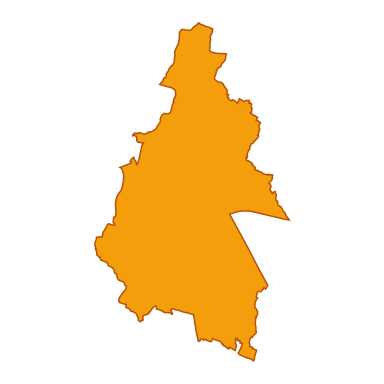 Kota Cimahi, Jawa Barat, Indonesia (Robinson projection)
{"feature_id": "22746128B53430054982428", "entity_name": "Kota Cimahi", "entity_type": "district", "adm_level": 2, "iso_a3": "IDN", "parent_name": "Indonesia", "parent_adm1": "Jawa Barat", "projection": "robinson", "projection_center": [107.546, -6.882], "detail": "fine", "context": "isolated", "style": "filled", "palette": "amber", "viewbox_px": 384, "rotation_deg": 0, "n_neighbors": 0, "source": "geoboundaries", "source_scale": "gbopen_adm2", "svg_char_len": 6032}
<svg xmlns="http://www.w3.org/2000/svg" viewBox="0 0 384 384"><path d="M203.9,340.2L204.6,339.6L205.7,339.7L206.4,340.2L210.2,341.6L211.3,341.6L211.8,341.1L212.0,339.7L212.6,338.6L215.5,340.0L217.9,340.7L219.0,340.8L219.7,341.2L222.1,343.2L221.9,343.9L223.1,344.3L222.8,344.8L222.9,345.4L225.6,346.5L226.2,347.3L227.4,347.8L227.3,348.2L229.0,349.0L229.6,347.2L235.1,350.5L235.7,348.5L235.8,347.4L236.5,345.6L235.8,343.8L235.2,343.7L235.8,340.2L235.5,339.1L235.6,338.4L237.4,338.4L237.4,340.5L239.4,340.5L239.4,341.1L240.1,341.0L240.1,343.1L242.2,343.1L242.2,344.3L242.4,344.3L242.1,345.3L241.2,346.7L240.9,348.9L240.2,349.2L238.6,352.8L238.2,353.0L238.7,353.9L239.8,354.8L246.7,357.8L250.5,358.8L252.4,360.0L253.1,360.8L253.4,361.0L253.7,360.7L254.5,358.9L254.5,357.1L256.6,350.2L254.2,349.2L253.2,348.5L253.0,348.8L252.0,348.0L252.3,347.2L249.5,346.4L249.7,345.4L249.7,343.9L249.2,342.3L250.3,338.4L251.3,337.1L252.0,337.5L252.3,337.3L254.1,334.7L255.5,333.6L256.4,332.4L255.9,330.5L255.9,327.2L255.3,323.7L255.6,318.6L256.3,317.9L255.7,317.0L257.1,315.6L257.7,313.7L257.4,312.5L257.6,311.5L256.1,308.7L254.8,307.8L254.7,307.4L255.0,306.2L254.9,303.4L256.5,299.2L257.6,298.4L257.4,297.7L256.3,297.0L256.2,296.2L257.1,294.3L257.0,292.7L257.9,291.7L259.8,291.4L260.9,291.7L261.3,291.4L262.4,289.8L263.4,289.0L263.9,287.8L265.7,289.1L267.8,285.4L258.0,267.4L249.0,249.9L229.7,214.2L233.1,212.9L238.7,211.4L243.9,210.9L248.3,211.0L251.5,211.4L285.4,219.4L289.2,220.0L287.5,217.4L286.1,215.8L285.1,212.9L283.8,211.8L282.6,210.0L281.2,206.8L279.7,206.4L279.1,205.6L278.1,205.4L277.6,204.9L277.7,201.2L276.3,200.8L275.7,198.2L276.3,194.9L275.3,192.7L275.3,191.5L273.1,192.3L272.8,193.7L272.3,193.5L269.9,189.6L271.1,185.8L270.3,185.0L269.6,183.5L269.0,183.0L269.6,182.2L271.8,180.3L272.3,178.3L272.6,174.9L269.9,174.7L269.9,174.9L268.2,174.2L267.9,175.1L264.0,174.0L262.9,173.6L261.4,172.1L260.7,172.2L257.6,170.4L257.4,170.9L256.1,170.5L256.0,170.0L254.8,169.4L255.4,167.5L252.9,165.8L253.0,164.6L251.5,163.7L251.7,162.7L248.8,161.3L248.6,160.7L246.6,160.6L246.2,158.5L246.2,157.3L247.3,157.6L247.5,156.2L247.1,154.1L248.4,150.9L249.9,148.9L249.6,147.7L249.7,146.7L250.4,146.3L251.2,143.9L252.7,143.4L253.2,142.9L253.5,142.0L254.4,141.5L254.6,140.9L257.2,138.5L258.4,136.7L258.4,135.7L257.5,135.1L258.4,134.2L258.9,132.6L258.5,131.3L259.7,129.9L259.7,128.6L259.2,127.8L259.1,125.5L260.5,122.8L258.2,121.0L256.3,120.6L257.6,117.5L255.3,115.8L253.7,115.4L251.1,113.3L250.2,113.0L250.8,112.2L251.5,111.9L252.1,108.5L251.9,107.9L251.3,107.3L251.2,105.5L251.7,104.3L251.0,103.2L248.8,103.3L249.6,101.5L249.1,100.4L245.5,100.6L244.8,101.5L244.3,101.5L242.3,100.8L242.3,100.5L239.4,98.7L237.6,103.2L233.7,100.2L232.6,99.8L231.3,100.8L228.5,99.0L228.8,97.9L227.5,97.2L228.6,94.7L226.6,94.1L227.3,91.6L227.2,90.2L223.7,85.3L223.0,83.8L221.4,82.4L218.6,82.1L217.4,81.4L215.4,80.0L214.5,78.8L214.4,77.9L216.0,73.5L216.4,70.9L217.0,70.5L217.5,68.6L220.8,66.7L221.9,63.4L223.2,62.5L225.3,59.8L225.7,56.5L226.4,53.8L216.1,53.3L211.4,52.1L209.8,50.9L209.5,50.2L209.9,48.6L210.0,43.2L210.1,41.7L210.7,39.9L210.0,37.8L210.5,35.8L212.5,32.0L212.5,31.3L212.0,30.7L212.7,29.0L209.1,27.3L205.7,26.4L203.8,25.4L200.7,24.4L199.0,23.0L198.7,23.5L198.1,23.3L196.3,25.3L193.9,26.9L190.6,30.3L186.5,30.1L182.3,29.4L181.2,29.9L179.6,32.2L179.3,37.4L179.5,37.9L178.7,41.3L178.6,42.7L178.1,44.4L177.3,45.5L174.7,51.7L174.7,53.5L175.0,54.9L174.2,60.2L174.4,61.6L174.1,62.5L172.2,65.5L171.4,65.8L169.1,68.8L168.3,71.0L166.7,73.3L166.3,74.3L166.2,76.2L165.2,77.9L164.1,77.9L163.4,79.4L163.0,79.8L162.5,81.9L161.4,82.4L159.7,84.4L161.9,85.2L172.1,87.9L175.0,90.1L175.5,91.2L175.6,95.5L174.6,98.2L174.2,98.1L173.3,101.5L174.1,102.2L173.5,102.7L172.0,105.8L171.9,107.5L170.3,112.5L168.0,114.1L166.6,113.9L164.4,113.3L161.8,115.2L160.2,118.8L160.5,121.4L156.8,127.1L156.1,128.9L155.1,129.6L153.9,130.0L152.7,131.2L150.9,131.9L148.3,132.0L147.5,132.9L144.8,134.2L143.8,134.1L141.0,133.0L138.2,132.7L137.9,133.8L136.2,133.2L136.0,133.6L135.3,133.3L134.5,133.2L132.7,135.0L132.7,135.8L134.2,135.4L136.6,136.7L136.6,138.2L136.9,139.1L136.7,140.0L136.8,140.9L137.9,142.4L140.2,142.3L141.2,142.9L143.5,142.9L141.9,145.7L138.8,160.2L138.5,160.7L137.6,163.7L136.7,164.5L135.7,161.0L134.1,159.4L133.8,157.3L132.0,158.5L130.0,161.2L131.6,162.3L131.0,162.9L129.4,163.8L119.9,167.5L121.6,168.4L123.0,172.4L123.9,176.6L123.3,179.6L123.5,181.1L123.1,182.4L122.4,186.6L121.3,189.8L120.7,190.9L118.9,193.2L117.0,196.4L115.8,200.7L115.4,203.6L116.0,212.2L115.6,215.1L115.8,215.7L115.0,216.9L114.1,217.4L113.6,217.3L113.2,221.7L113.4,222.8L114.7,223.9L114.8,224.6L114.3,225.4L110.5,224.5L109.6,223.8L107.9,224.1L107.4,224.5L106.6,226.6L103.3,232.0L102.4,234.5L102.4,236.8L96.5,237.2L96.4,238.0L96.6,238.2L95.2,242.4L94.8,245.4L96.1,248.9L95.6,248.8L95.4,249.0L96.6,251.6L96.8,254.9L97.4,255.2L99.0,257.1L100.1,257.3L100.1,258.5L100.9,260.0L105.2,261.8L106.5,261.9L106.9,263.1L107.9,264.0L107.9,264.8L108.5,265.8L111.4,267.1L113.0,268.4L114.1,269.8L114.5,273.0L116.4,274.0L117.2,277.6L117.8,278.9L119.1,280.3L123.1,281.8L124.1,282.8L124.9,285.1L126.4,286.4L126.0,288.9L123.7,291.5L119.5,297.5L118.7,300.1L118.7,301.0L119.2,301.9L119.9,302.7L125.7,304.4L126.2,304.8L125.8,305.9L126.1,307.5L129.0,308.6L130.6,311.0L131.0,311.2L133.2,311.7L133.9,312.4L135.1,312.6L135.8,313.1L138.1,317.6L138.4,320.3L140.2,321.8L141.1,320.8L142.7,320.6L143.3,319.6L142.5,318.4L142.9,317.6L143.1,315.8L144.2,315.1L146.9,314.6L147.8,313.9L148.4,313.9L149.1,313.1L149.0,312.3L150.6,311.1L151.7,309.1L154.5,306.4L155.4,306.0L156.1,306.2L156.4,306.9L156.4,309.0L158.5,309.5L162.2,311.0L162.5,311.4L163.1,311.4L163.8,312.3L166.4,312.7L167.8,312.5L168.9,312.9L170.0,312.7L171.8,314.2L172.3,314.2L172.4,313.5L172.0,312.2L170.6,310.1L171.4,309.1L173.5,309.0L174.8,309.6L177.1,309.9L183.3,312.0L186.2,312.7L186.6,312.5L193.0,314.6L193.5,314.5L196.2,331.4L198.3,341.2L199.0,340.8L199.6,341.1L200.1,340.5L200.5,339.4L201.3,339.0L202.9,339.2L203.0,339.7L203.9,340.2Z" fill="#f59e0b" stroke="#b45309" stroke-width="1.5"/></svg>